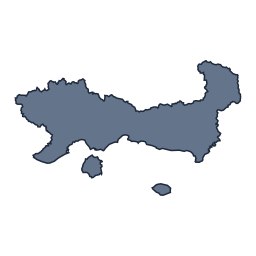 Anatolikis Makedonias kai Thr*, Anatoliki Makedonia kai Thraki, Greece
{"feature_id": "26713481B84884565940454", "entity_name": "Anatolikis Makedonias kai Thr*", "entity_type": "district", "adm_level": 2, "iso_a3": "GRC", "parent_name": "Greece", "parent_adm1": "Anatoliki Makedonia kai Thraki", "projection": "mercator", "projection_center": [25.319, 41.071], "detail": "fine", "context": "isolated", "style": "filled", "palette": "slate", "viewbox_px": 256, "rotation_deg": 0, "n_neighbors": 0, "source": "geoboundaries", "source_scale": "gbopen_adm2", "svg_char_len": 5740}
<svg xmlns="http://www.w3.org/2000/svg" viewBox="0 0 256 256"><path d="M33.6,157.3L37.0,159.6L42.1,161.7L47.2,163.2L49.9,163.0L54.4,161.2L58.2,158.1L64.9,154.2L68.8,152.7L68.4,152.2L67.1,152.9L66.4,152.3L66.7,150.5L67.2,150.2L68.3,150.5L68.6,149.7L68.4,149.2L67.1,148.5L67.2,147.5L67.6,147.0L68.2,147.0L69.3,145.2L71.9,144.3L73.0,142.0L74.1,141.9L74.6,142.3L75.6,141.0L78.1,141.1L78.9,140.2L81.6,139.5L84.8,140.1L85.9,142.7L87.2,144.6L89.1,146.6L90.5,149.4L93.4,148.0L95.6,148.7L96.1,149.5L94.9,149.5L95.2,149.9L96.9,150.1L100.8,149.3L103.3,150.7L103.8,150.5L105.2,148.4L109.2,144.4L113.7,142.5L115.8,142.0L117.5,142.3L118.1,139.7L118.5,139.2L122.7,135.4L125.5,134.8L127.9,135.5L128.7,136.1L128.7,137.6L127.7,138.9L127.9,139.7L130.6,140.4L131.3,141.4L134.3,141.3L137.0,141.8L138.2,143.1L138.6,142.1L139.7,141.9L140.7,141.1L143.7,141.3L145.3,141.8L146.7,144.4L152.3,145.6L156.3,147.3L156.3,148.0L159.6,149.4L162.4,148.4L171.2,150.5L179.2,150.2L184.2,151.3L186.5,150.5L189.7,151.3L191.3,152.2L193.0,154.0L193.6,155.9L194.9,155.7L196.0,158.4L195.5,159.9L195.8,160.6L195.2,161.4L195.6,162.1L199.0,162.3L202.5,160.7L202.8,159.7L202.7,158.0L204.7,154.4L208.1,153.0L208.6,152.2L209.5,151.6L209.3,150.6L208.5,150.5L208.5,148.9L209.8,148.7L209.9,146.3L210.3,146.3L210.2,147.1L210.5,148.0L210.6,146.8L211.8,147.1L212.1,144.9L212.8,143.9L212.8,145.0L213.7,145.9L214.9,145.9L215.6,144.9L214.5,143.1L214.6,142.3L216.0,142.5L217.6,141.0L220.0,140.7L219.7,139.7L217.5,137.1L217.9,136.4L219.5,135.8L220.6,133.4L217.8,131.1L217.8,130.2L216.6,128.1L216.6,127.0L218.0,125.7L218.1,124.8L217.8,124.4L216.0,124.4L216.1,123.6L217.2,123.0L218.0,120.8L216.2,118.7L216.4,117.5L217.4,116.5L217.1,114.8L217.9,112.8L216.9,111.9L217.0,110.8L218.1,109.7L221.2,110.7L223.5,110.1L226.3,107.4L228.1,107.0L228.0,105.3L229.7,104.8L230.3,104.1L230.6,102.8L231.8,102.4L232.7,101.5L234.7,101.9L236.2,103.3L237.7,103.4L240.1,101.1L240.6,97.1L240.3,94.1L239.0,93.1L239.0,89.4L238.1,88.0L238.4,85.6L237.4,82.7L238.2,81.1L237.3,79.6L237.9,77.7L237.6,76.8L238.0,75.6L237.4,74.7L235.7,74.7L232.8,73.5L229.7,70.4L230.2,69.5L229.5,68.4L228.2,68.7L226.3,67.1L225.0,67.5L222.5,66.8L221.7,66.3L220.6,64.7L217.8,64.1L216.3,64.7L214.5,64.5L211.9,63.4L210.4,61.7L209.1,62.5L207.5,62.1L206.4,61.5L206.2,60.8L205.7,60.8L202.4,62.6L201.3,64.3L199.2,64.1L198.2,65.2L197.8,66.4L198.2,68.2L197.9,69.4L199.0,71.3L199.9,71.4L200.2,73.0L201.8,73.1L203.5,72.5L203.5,74.4L204.6,75.1L204.2,80.2L206.3,80.2L206.7,81.6L206.9,83.9L206.0,85.4L205.9,86.5L204.8,86.9L204.6,87.5L205.0,88.5L206.4,89.5L207.8,91.6L206.2,92.3L205.1,93.7L205.4,94.9L205.0,96.2L204.1,98.0L203.3,98.2L203.3,99.3L202.8,100.1L200.6,100.0L200.0,100.6L200.1,101.0L199.5,101.1L195.8,100.7L193.9,101.2L193.1,103.0L191.2,103.8L188.6,103.6L185.8,105.0L184.7,105.1L183.5,104.5L183.5,102.8L182.2,102.9L181.6,101.9L180.0,100.9L179.4,101.9L177.5,102.3L176.6,103.5L175.9,103.6L175.4,103.2L174.3,103.8L172.1,104.0L171.8,106.3L171.5,106.5L167.4,104.2L164.2,105.2L160.2,103.9L159.1,104.9L158.1,107.8L157.6,108.0L157.0,107.3L155.9,107.0L153.8,107.0L150.7,108.0L150.5,109.1L147.1,109.9L145.8,109.6L143.2,111.4L140.5,111.1L139.3,111.9L137.9,111.1L135.7,110.9L135.8,110.1L134.7,107.3L132.0,105.7L131.7,104.6L128.2,103.2L127.6,102.5L127.8,101.4L126.7,101.4L125.7,102.2L124.1,101.4L122.5,99.3L116.6,98.1L114.8,96.9L113.9,96.9L111.8,94.8L110.4,95.2L109.4,96.4L108.6,96.6L107.4,95.7L104.8,95.5L105.0,96.9L104.5,100.3L104.3,100.8L103.5,100.9L102.6,99.8L100.9,99.0L99.3,97.2L98.2,94.0L96.6,93.6L95.4,93.8L94.5,93.2L92.9,94.0L92.6,93.8L93.0,92.4L92.1,92.2L89.3,93.2L88.2,91.6L88.3,90.1L88.0,89.0L86.4,88.0L85.5,85.6L85.7,84.3L84.4,81.8L84.9,80.6L82.9,78.9L81.5,79.8L79.4,80.2L78.3,81.1L78.2,82.8L77.2,83.5L76.3,82.8L74.6,82.8L74.0,81.9L73.1,81.8L72.2,82.1L70.8,84.0L68.9,83.0L66.3,84.6L65.6,83.2L66.1,81.8L65.1,80.6L63.7,79.7L64.1,78.9L63.0,78.4L60.6,80.9L59.2,80.7L59.1,81.4L57.9,82.5L58.0,83.6L57.3,84.2L56.5,84.0L55.3,81.9L53.6,82.3L53.2,81.8L52.0,81.5L51.0,80.7L49.5,81.4L49.1,82.5L48.0,83.4L48.4,85.6L48.2,87.1L49.0,89.0L46.9,90.6L45.3,90.1L44.8,88.9L44.1,90.0L41.4,91.8L39.3,90.6L39.2,89.5L37.1,87.5L36.7,88.3L36.6,89.8L35.3,90.7L34.5,90.3L33.7,90.8L32.8,90.7L31.0,91.8L28.6,91.9L27.8,93.8L26.2,96.0L25.2,95.3L20.7,95.2L19.2,94.6L17.2,96.2L17.1,97.6L16.3,98.1L15.4,98.0L15.7,99.2L15.4,100.2L16.0,101.1L16.1,103.4L17.6,104.2L21.5,104.2L22.3,105.3L22.7,106.8L21.5,107.7L20.9,110.4L21.8,111.8L21.4,113.1L22.2,113.8L23.3,113.8L22.7,114.9L22.7,116.4L23.8,116.7L24.8,116.3L26.2,117.9L26.7,119.2L28.0,120.0L28.6,121.3L29.6,121.3L31.7,122.7L33.1,122.6L35.5,124.7L36.8,124.8L37.7,125.8L37.9,126.8L40.1,126.9L41.3,124.9L42.9,124.2L43.6,125.6L44.2,125.6L45.6,126.9L46.0,126.6L46.4,127.9L46.0,128.6L46.3,130.5L47.3,130.6L47.3,131.3L47.9,131.3L48.2,132.0L49.5,132.6L50.6,133.9L52.3,134.8L52.1,136.2L51.1,137.9L52.1,139.6L50.3,141.8L51.0,143.3L50.8,143.9L50.3,143.9L49.2,143.1L47.8,143.6L48.5,145.7L46.6,145.7L45.5,146.2L45.6,147.1L43.0,149.0L42.7,150.2L41.7,150.7L40.6,152.1L39.6,152.4L38.6,153.4L35.5,153.7L34.9,154.5L33.1,155.3L34.0,156.7L33.6,157.3ZM93.5,156.8L92.1,155.1L88.3,157.5L87.1,159.2L85.6,158.9L85.2,161.2L83.5,163.7L82.8,165.4L82.8,166.3L81.8,168.7L82.0,170.6L82.7,171.4L83.1,172.5L86.6,172.4L87.7,172.9L88.9,174.1L89.9,176.5L91.4,176.7L91.6,177.7L93.0,177.5L95.8,175.3L99.1,174.7L100.1,173.5L100.7,173.3L101.5,174.3L101.8,173.1L100.6,167.7L102.0,166.6L101.7,164.9L100.4,164.3L100.2,163.2L100.6,161.9L101.8,162.0L102.2,161.5L101.4,160.6L99.9,160.5L98.7,159.5L98.0,158.4L97.9,157.5L97.3,156.9L95.4,157.5L93.5,156.8ZM160.8,183.8L157.6,184.3L155.8,185.1L153.6,187.2L152.2,187.8L152.8,189.0L156.3,192.1L158.8,193.1L160.5,195.0L163.2,195.2L170.4,192.4L170.2,191.0L170.6,188.2L167.5,185.4L160.8,183.8Z" fill="#64748b" stroke="#1e293b" stroke-width="1.5"/></svg>